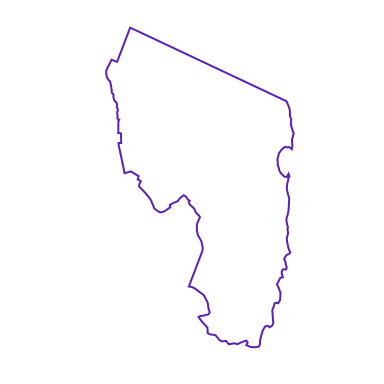 the district of Kota Tinggi, Johor, Malaysia, rotated 25°
{"feature_id": "92858781B34033962801246", "entity_name": "Kota Tinggi", "entity_type": "district", "adm_level": 2, "iso_a3": "MYS", "parent_name": "Malaysia", "parent_adm1": "Johor", "projection": "albers", "projection_center": [103.994, 1.692], "detail": "fine", "context": "isolated", "style": "outline", "palette": "violet", "viewbox_px": 384, "rotation_deg": 25, "n_neighbors": 0, "source": "geoboundaries", "source_scale": "gbopen_adm2", "svg_char_len": 2962}
<svg xmlns="http://www.w3.org/2000/svg" viewBox="0 0 384 384"><g transform="rotate(25 192 192)"><path d="M93.3,156.9L95.6,157.4L95.2,158.6L100.3,169.8L101.8,169.0L102.9,169.0L107.1,177.5L104.7,178.7L105.3,179.9L121.4,201.3L122.9,203.5L128.0,199.2L136.9,200.2L137.5,203.6L139.4,203.6L141.0,203.8L141.0,205.2L141.0,207.2L141.6,209.3L149.9,212.5L155.5,215.1L159.0,217.2L160.2,218.8L162.0,220.0L163.8,222.0L165.0,223.0L167.3,223.4L169.9,224.0L172.5,223.6L175.3,221.0L178.8,214.9L177.4,213.1L179.8,209.7L181.8,207.7L183.0,206.0L183.8,202.4L185.9,198.4L188.1,198.6L190.1,199.6L191.3,200.6L193.5,200.8L193.3,202.6L195.4,204.4L198.2,205.2L200.6,206.0L202.0,206.9L203.5,208.5L205.7,209.5L208.5,210.5L209.9,211.5L209.9,214.3L209.9,216.8L210.3,219.8L212.4,224.2L213.8,226.3L215.4,228.5L217.4,229.9L220.2,231.9L221.7,233.1L223.5,235.6L225.3,238.0L226.3,240.8L229.1,279.0L232.0,278.2L235.0,278.2L246.3,280.5L249.6,283.1L252.6,285.3L254.0,287.1L255.2,289.2L257.0,291.6L258.9,293.4L258.7,295.8L256.6,297.6L254.8,299.1L252.0,300.9L250.8,302.5L252.8,303.7L256.8,305.7L260.5,307.2L263.3,308.4L264.5,310.6L265.7,313.2L268.2,313.4L269.8,313.0L273.8,311.8L279.5,314.6L282.1,314.8L283.5,314.0L285.8,312.6L287.8,313.6L289.8,314.4L293.2,312.0L295.1,311.0L297.5,310.8L299.5,308.2L302.1,305.5L304.2,303.7L306.0,304.9L306.0,307.8L310.6,307.7L314.7,306.1L317.9,303.9L317.9,301.3L316.3,297.4L315.3,292.4L314.7,287.5L315.1,282.9L317.5,281.3L319.7,281.7L321.1,279.2L321.1,276.4L319.1,273.2L317.5,270.1L314.7,265.1L314.5,261.4L313.9,257.8L315.3,256.8L317.1,256.4L317.5,252.7L316.3,249.7L314.9,246.1L313.3,244.5L311.2,242.4L308.0,239.8L308.2,236.0L308.2,233.3L309.0,231.9L310.4,230.9L308.4,228.7L307.0,226.5L307.0,224.0L308.6,222.8L310.0,222.4L309.6,220.0L307.8,218.4L306.6,216.3L303.9,213.9L303.9,211.5L304.3,209.1L306.2,207.0L306.6,205.2L305.0,204.0L302.7,201.6L299.1,196.7L297.5,193.9L296.5,188.8L294.4,185.4L293.6,183.0L292.0,181.4L290.2,178.7L288.8,176.3L288.4,172.5L287.4,168.4L286.1,164.8L284.1,159.9L282.7,156.5L280.3,153.9L278.1,151.2L276.2,148.2L274.8,144.4L274.2,140.9L273.4,138.5L273.8,136.7L271.8,134.7L271.6,138.1L269.4,139.1L264.9,137.5L262.3,135.9L260.7,133.8L258.4,131.4L257.2,128.8L255.4,126.0L255.2,123.7L254.4,120.1L255.2,116.1L256.2,113.8L257.2,111.8L259.2,111.4L261.3,110.2L264.3,111.0L263.5,107.8L261.9,104.9L260.5,102.3L259.9,98.7L259.4,96.0L257.0,93.6L253.0,89.0L252.2,86.5L251.0,83.9L248.5,81.7L247.7,79.7L246.5,77.2L245.1,75.2L243.3,73.4L239.2,69.8L67.8,69.2L66.5,69.3L69.0,104.1L69.0,105.8L63.2,106.1L62.9,118.1L63.3,119.0L63.8,119.9L64.3,121.3L64.9,121.8L65.6,122.8L66.2,123.9L67.2,124.4L68.1,124.9L68.8,125.7L70.0,126.1L71.2,126.5L71.5,127.3L72.4,128.1L73.0,128.9L75.0,131.9L76.2,133.6L76.8,135.0L77.4,135.9L78.6,136.4L79.7,137.0L80.1,137.7L80.6,139.1L81.4,140.1L82.4,141.2L83.4,142.2L85.1,142.7L86.7,143.7L87.6,145.4L88.1,147.2L89.4,147.9L90.3,149.2L90.4,151.1L91.2,152.7L92.2,154.3L93.0,155.6L93.3,156.9Z" fill="none" stroke="#5b21b6" stroke-width="2"/></g></svg>